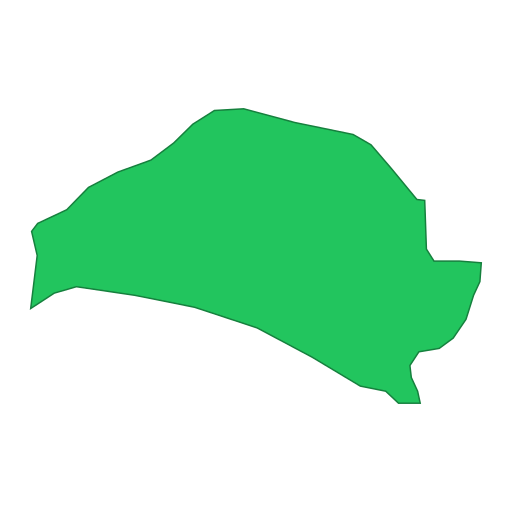 outline of Bogovinje
{"feature_id": "MKD-2960", "entity_name": "Bogovinje", "entity_type": "Statistical Region", "adm_level": 1, "iso_a3": "MKD", "parent_name": "North Macedonia", "parent_adm1": "", "projection": "albers", "projection_center": [20.89, 41.931], "detail": "fine", "context": "isolated", "style": "filled", "palette": "green", "viewbox_px": 512, "rotation_deg": 0, "n_neighbors": 0, "source": "natural_earth", "source_scale": "10m", "svg_char_len": 663}
<svg xmlns="http://www.w3.org/2000/svg" viewBox="0 0 512 512"><path d="M30.7,308.5L37.2,255.5L31.6,231.4L37.7,223.4L66.8,209.7L88.5,187.4L117.8,172.1L150.9,160.1L173.7,143.0L192.8,124.2L214.4,110.5L243.7,108.8L294.7,122.5L353.1,134.5L371.0,144.8L391.5,168.7L416.9,199.5L424.7,200.4L425.1,211.5L426.4,249.1L434.0,261.1L459.6,261.1L481.3,262.8L479.9,281.6L473.6,295.2L466.0,319.3L453.2,338.1L439.2,348.4L418.9,351.8L409.9,365.5L411.3,377.5L417.6,391.2L420.2,403.2L417.6,403.2L406.6,403.2L398.5,403.2L385.7,391.2L360.3,386.1L311.8,357.0L257.1,327.9L194.7,307.3L134.8,295.3L76.4,286.7L54.3,293.1L30.7,308.5Z" fill="#22c55e" stroke="#15803d" stroke-width="1.5"/></svg>